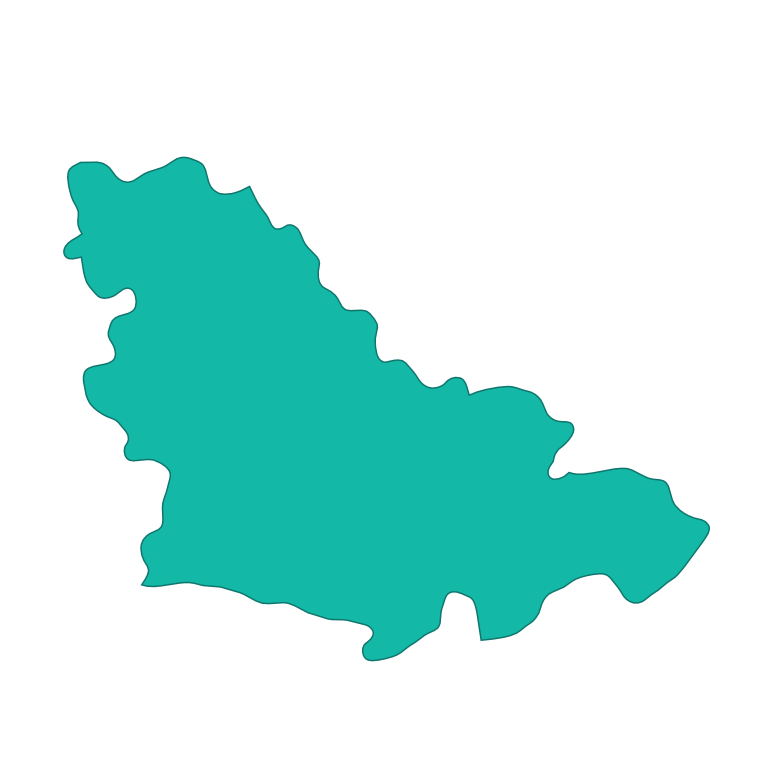 the district of La Mata, Sánchez Ramírez, Dominican Republic, rotated 260°
{"feature_id": "3306468B26306333639139", "entity_name": "La Mata", "entity_type": "district", "adm_level": 2, "iso_a3": "DOM", "parent_name": "Dominican Republic", "parent_adm1": "Sánchez Ramírez", "projection": "orthographic", "projection_center": [-70.199, 19.067], "detail": "fine", "context": "isolated", "style": "filled", "palette": "teal", "viewbox_px": 768, "rotation_deg": 260, "n_neighbors": 0, "source": "geoboundaries", "source_scale": "gbopen_adm2", "svg_char_len": 5417}
<svg xmlns="http://www.w3.org/2000/svg" viewBox="0 0 768 768"><g transform="rotate(260 384 384)"><path d="M228.3,110.5L225.9,115.9L224.4,123.0L223.9,130.4L223.5,148.0L223.1,152.9L222.3,157.7L220.8,162.3L216.9,171.0L212.6,187.5L203.6,205.8L201.2,209.5L192.8,220.0L189.4,225.8L187.8,232.1L186.1,247.2L184.8,251.4L181.5,257.1L171.9,269.5L162.5,287.8L161.1,291.8L159.0,302.4L157.9,306.5L149.8,324.6L147.5,327.5L144.6,329.5L143.0,330.1L141.2,330.3L139.4,329.9L137.9,329.2L135.5,327.1L133.6,324.5L131.3,320.3L130.3,319.0L127.2,317.2L123.7,316.4L119.9,316.8L118.1,317.5L116.4,318.6L115.0,320.3L113.6,324.3L113.1,330.8L113.3,337.9L114.0,345.0L115.0,349.7L116.5,353.8L121.3,362.8L124.6,370.7L129.1,379.5L130.6,383.2L132.6,390.8L134.2,394.2L135.4,395.6L138.6,397.6L147.9,400.1L151.7,401.4L161.6,406.6L164.6,408.6L165.9,410.0L166.8,411.8L167.3,413.7L167.4,415.6L166.6,419.4L164.1,424.2L159.0,431.7L157.6,433.0L155.7,434.1L153.7,434.8L149.5,435.6L142.7,435.9L114.8,435.2L114.0,446.7L113.8,458.1L114.3,464.8L115.7,471.3L117.3,475.0L121.1,482.0L123.7,487.7L124.7,489.5L127.2,492.7L131.6,496.7L140.4,501.4L143.5,503.7L146.3,506.5L148.5,509.9L149.9,513.9L152.9,526.2L157.2,535.2L158.6,539.2L159.5,543.6L160.1,550.3L160.2,556.9L159.7,563.3L158.8,567.3L156.9,570.7L154.0,573.1L144.1,578.6L140.6,580.3L133.1,583.3L129.8,585.5L127.1,588.4L125.1,591.8L124.3,596.0L124.8,600.2L126.3,603.8L130.0,610.5L133.4,618.2L139.4,628.7L142.9,636.5L145.4,640.3L151.4,647.5L173.0,670.2L177.8,674.9L181.0,677.5L184.7,679.2L186.8,679.4L188.6,679.0L191.7,677.3L193.0,676.1L195.1,673.2L198.2,666.0L201.7,660.5L204.6,657.0L207.8,653.8L213.4,649.9L215.4,649.0L219.6,647.8L233.8,646.3L237.3,644.9L238.8,643.8L240.0,642.4L241.6,639.1L243.7,631.7L245.4,627.9L247.8,624.3L255.9,613.6L258.1,609.7L258.8,607.5L259.7,603.0L260.3,596.0L260.1,574.6L260.5,565.2L261.6,558.4L263.0,554.4L264.7,550.9L261.9,546.0L261.1,543.8L260.3,539.5L260.6,535.2L261.3,533.3L262.8,531.5L264.6,530.4L266.5,530.0L270.2,530.5L273.8,532.7L278.4,537.2L281.9,538.6L285.1,540.3L289.3,544.4L292.0,549.4L294.3,552.9L297.1,556.5L300.2,559.6L303.6,562.0L305.5,562.7L307.4,563.1L309.3,562.9L311.1,562.4L312.7,561.4L313.9,560.0L315.1,556.8L316.2,551.7L317.4,548.0L319.4,544.8L322.0,542.1L325.3,539.9L327.2,539.1L337.2,536.8L341.2,535.5L344.6,533.5L347.6,530.9L350.1,527.7L351.1,525.9L353.7,520.3L357.4,513.3L359.0,509.6L360.1,505.1L360.9,495.6L360.8,483.5L359.9,473.9L358.2,466.0L366.8,465.1L370.6,464.4L374.0,462.9L375.6,461.6L376.8,459.8L378.0,455.6L377.8,451.3L376.3,447.3L373.0,442.8L371.7,438.9L371.2,434.9L371.5,430.8L373.0,426.9L375.3,423.8L378.2,421.2L381.7,419.2L387.4,416.8L390.8,415.1L400.5,409.3L403.2,406.8L404.1,405.2L405.2,401.7L405.5,398.0L405.2,389.7L405.4,388.2L406.1,386.6L408.6,384.1L410.4,383.1L414.6,382.1L421.4,382.0L426.0,382.5L430.6,383.4L441.0,387.4L444.6,387.5L449.5,385.8L455.7,382.3L458.4,379.8L459.4,378.0L460.6,374.1L462.0,363.7L463.3,359.9L464.5,358.3L467.4,356.1L476.3,353.1L479.7,351.4L484.0,347.9L489.7,341.1L491.1,339.9L494.4,338.4L496.3,338.0L500.2,337.8L506.0,338.7L514.0,341.4L517.5,341.3L521.1,339.8L531.6,332.7L535.4,330.7L539.4,329.4L547.4,327.6L551.2,326.2L552.7,325.2L555.3,322.7L556.9,319.8L557.2,316.6L555.3,311.3L554.8,308.3L555.3,305.0L556.1,303.5L557.4,302.3L560.4,300.7L567.7,298.7L571.3,297.3L578.5,293.6L583.2,291.5L590.1,289.2L601.9,285.9L599.1,276.4L598.3,271.6L597.9,267.0L598.5,260.2L599.8,255.8L600.8,254.0L602.1,252.4L605.0,249.6L608.5,247.6L612.9,246.4L626.1,245.3L630.2,244.1L632.0,243.1L633.5,241.8L635.8,238.9L639.6,232.6L641.2,229.1L642.1,225.2L642.2,223.1L641.7,219.0L636.5,206.3L635.5,202.1L633.7,188.9L632.7,184.7L627.5,172.3L627.1,168.2L627.3,166.1L628.7,162.4L629.8,160.8L632.4,158.0L635.5,155.8L644.2,151.4L647.2,148.9L649.7,145.9L650.7,144.1L652.2,140.1L654.9,123.5L652.1,114.9L650.0,111.7L648.3,110.4L646.4,109.5L642.3,108.4L633.2,107.9L623.9,108.6L619.4,109.4L611.1,112.1L607.1,112.9L603.2,112.3L597.2,110.7L593.4,110.4L589.5,110.9L584.3,112.7L581.8,107.2L579.7,101.5L577.7,97.6L574.9,94.3L573.1,93.0L571.1,92.0L569.2,91.6L567.2,91.7L565.3,92.3L563.6,93.5L562.3,95.3L561.3,99.2L561.5,108.0L546.6,107.7L541.7,108.0L537.0,108.7L534.7,109.3L530.3,111.3L522.9,115.7L519.9,117.9L518.7,119.4L517.7,121.4L517.0,123.6L516.8,128.1L517.5,132.5L518.2,134.6L522.7,143.8L523.1,147.4L522.6,149.2L521.7,151.0L520.1,152.5L518.3,153.5L514.3,154.5L508.0,154.3L504.0,153.0L502.1,152.0L500.4,150.5L499.3,148.7L498.0,144.8L496.8,134.5L495.6,130.6L493.4,127.4L490.4,125.2L483.2,121.6L479.2,120.9L475.2,121.8L469.6,124.0L465.4,124.9L461.0,124.9L458.9,124.4L456.9,123.6L455.1,122.2L453.8,120.5L452.4,116.4L452.0,112.0L451.7,100.5L450.9,96.2L450.1,94.2L448.8,92.3L447.1,90.9L443.2,89.3L438.8,88.6L424.6,88.8L420.4,89.6L416.3,90.9L414.3,91.9L410.6,94.4L407.2,97.3L402.6,102.2L400.0,105.7L395.9,112.3L394.7,113.8L391.7,116.1L382.1,121.6L378.7,122.8L376.9,123.0L373.4,122.6L370.7,121.1L367.6,118.3L366.2,117.5L362.9,116.6L359.3,116.6L357.6,117.0L355.9,117.7L354.3,118.8L353.1,120.3L351.9,123.9L350.7,138.2L349.7,142.4L348.8,144.5L345.1,150.1L340.6,154.7L337.1,156.9L335.2,157.6L333.1,157.9L331.3,157.8L327.9,156.7L315.5,151.0L308.5,147.1L304.9,145.5L300.8,144.4L288.4,142.7L284.7,141.6L283.1,140.7L281.6,139.6L279.7,136.5L277.3,127.5L275.6,123.9L273.2,120.8L271.8,119.5L268.4,117.3L264.3,116.1L258.0,115.8L252.0,116.9L245.5,119.4L242.2,119.8L240.2,119.5L236.6,117.7L233.2,115.1L228.3,110.5Z" fill="#14b8a6" stroke="#0f766e" stroke-width="1.5"/></g></svg>